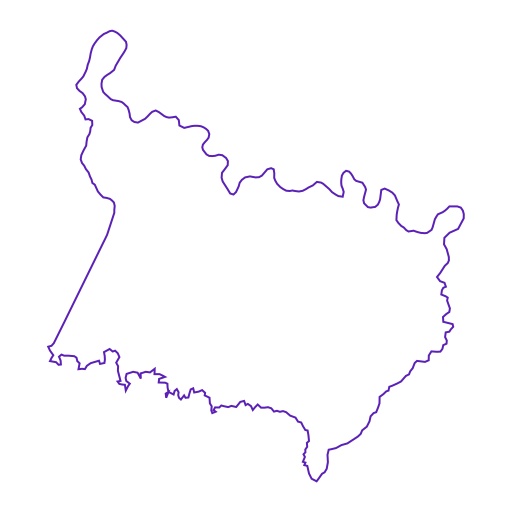 the district of Bituruna, Paraná, Brazil
{"feature_id": "56859067B61553011926600", "entity_name": "Bituruna", "entity_type": "district", "adm_level": 2, "iso_a3": "BRA", "parent_name": "Brazil", "parent_adm1": "Paraná", "projection": "natural_earth1", "projection_center": [-51.539, -26.148], "detail": "fine", "context": "isolated", "style": "outline", "palette": "violet", "viewbox_px": 512, "rotation_deg": 0, "n_neighbors": 0, "source": "geoboundaries", "source_scale": "gbopen_adm2", "svg_char_len": 5574}
<svg xmlns="http://www.w3.org/2000/svg" viewBox="0 0 512 512"><path d="M168.5,391.9L173.6,394.5L174.6,391.0L176.8,389.1L178.6,392.3L178.2,395.1L179.0,397.8L180.9,399.5L184.1,395.4L185.5,397.8L188.4,397.5L189.4,393.6L190.7,389.4L193.2,388.3L194.2,392.5L198.8,391.6L202.1,390.1L205.1,392.8L204.7,395.4L209.5,397.7L209.9,403.4L211.7,406.3L211.3,410.4L212.3,413.1L215.7,411.7L213.6,410.1L215.1,407.4L219.2,407.5L221.3,405.5L223.9,406.2L228.2,407.1L231.4,405.9L236.2,407.0L240.3,401.9L244.1,400.9L245.6,405.1L247.8,403.9L251.0,406.1L252.8,410.0L255.1,407.2L257.7,404.5L261.1,407.7L264.3,407.7L268.0,407.2L271.3,408.3L274.0,411.6L276.9,410.8L279.9,411.8L283.0,411.1L286.2,412.2L290.1,415.6L295.5,417.6L298.0,421.6L301.2,422.5L303.0,426.2L305.3,430.0L307.6,430.5L308.4,435.0L309.0,441.0L306.9,442.9L307.2,446.8L305.3,449.5L305.4,452.3L303.5,454.3L304.9,456.9L302.9,461.8L305.4,462.6L304.3,465.1L307.3,465.9L309.0,473.5L311.6,478.7L316.6,481.3L318.5,478.8L322.0,473.8L324.6,472.3L326.7,468.8L327.9,462.2L327.5,454.8L328.7,449.7L331.3,449.2L335.9,448.1L338.2,446.9L341.4,445.1L347.4,443.4L357.8,436.6L360.7,433.9L362.2,430.3L366.8,426.7L369.5,421.3L370.6,416.3L373.6,413.1L376.2,412.2L378.2,407.2L379.5,403.3L379.6,396.9L383.3,394.2L386.2,391.4L388.5,390.6L389.3,386.8L392.3,385.7L397.2,383.5L401.0,381.5L405.9,375.9L409.0,374.4L410.2,371.3L412.7,368.2L414.7,363.0L417.0,360.9L421.8,361.5L425.0,361.9L428.7,360.3L428.8,355.5L431.4,351.4L437.1,351.8L440.4,351.6L442.4,348.9L443.3,345.1L446.5,343.7L446.8,340.5L445.1,337.1L445.7,332.4L449.3,331.7L450.9,329.3L453.2,326.8L452.6,324.1L443.3,321.8L443.0,317.0L446.2,314.1L449.3,312.0L449.9,308.4L447.1,300.6L447.7,297.6L445.7,296.3L441.3,294.5L441.9,290.3L443.3,287.8L445.9,286.7L444.5,282.8L440.1,281.2L437.0,277.0L440.2,273.0L444.8,265.8L447.8,263.0L448.9,260.4L448.8,256.9L446.7,249.2L444.0,244.3L444.4,237.8L449.6,232.7L453.9,230.8L458.1,228.9L463.7,218.4L463.8,214.2L462.9,210.7L460.8,207.6L457.3,206.4L449.4,206.4L447.0,208.9L444.9,210.7L442.7,212.2L437.9,214.3L436.4,216.6L434.9,219.2L432.6,227.4L431.5,229.9L427.1,232.9L424.8,233.2L420.9,232.9L418.4,232.3L416.1,231.6L413.6,230.7L408.5,231.5L406.2,230.1L403.8,227.5L401.3,226.0L398.4,223.0L396.4,220.1L396.7,214.6L397.3,210.9L398.0,207.6L398.9,204.5L397.3,201.1L394.9,195.4L392.3,192.6L388.7,190.4L384.7,188.6L381.3,189.9L380.1,199.2L379.2,202.0L377.8,204.7L375.2,206.9L370.5,207.6L367.9,207.1L364.1,203.3L363.4,200.2L364.1,196.8L366.0,189.7L365.2,187.1L362.4,182.7L356.2,180.9L354.3,179.3L352.5,175.9L351.0,173.6L349.1,171.6L346.1,170.8L343.5,172.8L341.9,175.6L341.3,179.5L341.2,182.8L341.5,185.7L342.7,188.6L343.7,191.9L342.7,196.7L338.4,196.1L335.7,194.6L332.1,192.2L329.2,189.0L323.2,183.8L321.1,182.6L316.9,181.9L314.9,183.6L312.9,185.4L308.5,187.5L306.2,189.0L302.7,190.8L299.0,191.5L294.9,191.0L292.5,190.5L289.6,191.0L286.2,190.7L282.9,188.9L280.2,187.0L277.1,183.8L275.3,180.7L274.2,177.9L274.3,173.4L273.7,169.3L271.1,168.2L267.3,169.3L261.9,175.6L259.0,177.2L255.5,177.4L249.9,176.4L245.1,177.4L241.9,179.8L239.7,182.7L238.6,186.6L236.0,192.1L233.5,194.5L230.2,193.5L227.5,189.0L222.7,181.5L221.6,177.7L222.0,172.8L224.7,169.3L227.7,165.2L227.9,161.1L226.1,158.0L222.3,155.2L218.8,154.7L215.1,155.8L212.4,156.1L209.1,155.9L206.5,154.4L203.0,149.9L202.3,147.3L202.9,144.6L204.7,142.3L206.9,140.0L208.6,137.7L209.3,134.1L208.1,130.8L206.2,129.0L203.6,127.3L200.8,126.2L197.5,125.8L194.4,125.8L191.8,126.1L184.2,127.9L179.4,125.5L178.8,120.1L175.8,116.7L172.2,117.3L169.0,117.6L166.6,117.1L164.3,116.1L158.9,112.1L155.7,110.5L152.2,111.8L150.1,113.7L147.3,116.7L145.1,118.8L137.9,122.6L134.4,122.0L131.7,120.3L130.0,117.1L129.6,113.7L128.6,109.8L127.5,107.0L125.4,105.2L123.7,103.5L121.7,102.0L118.7,101.1L113.0,100.2L110.7,99.1L107.4,96.0L104.9,93.8L103.2,91.9L101.6,87.0L101.5,83.7L102.2,79.7L104.5,76.9L107.2,74.9L110.1,73.1L114.1,69.9L115.7,65.7L120.4,57.7L122.7,54.3L124.6,51.3L126.3,48.1L126.6,44.8L126.0,41.8L123.4,38.9L120.2,35.4L117.4,33.0L114.6,31.5L112.1,30.7L109.6,31.2L106.8,32.7L103.8,34.0L99.5,37.4L97.1,40.1L94.6,43.5L92.9,46.3L91.8,49.2L90.7,53.3L90.0,57.4L89.1,61.2L87.7,64.8L86.9,68.7L85.7,71.6L83.4,76.3L81.7,78.4L78.9,81.4L76.3,84.8L77.0,88.2L79.5,90.9L82.6,93.1L85.0,96.4L85.8,99.3L84.8,104.2L82.1,107.3L79.9,108.8L81.4,112.1L84.2,115.6L85.5,119.4L88.6,119.1L92.1,120.8L92.3,125.0L90.6,127.8L90.2,131.4L89.4,134.1L87.4,137.3L86.6,141.5L86.2,145.6L83.6,150.3L81.3,155.2L80.7,159.4L82.0,163.0L84.2,165.7L85.9,169.1L88.6,172.5L90.0,176.5L91.5,179.5L92.4,183.0L94.8,184.7L97.9,191.5L100.5,194.6L103.3,197.4L106.6,197.9L110.0,198.9L112.1,200.6L113.9,202.5L114.7,205.9L114.3,209.9L114.3,212.8L107.1,234.8L104.1,241.0L102.9,243.4L66.5,317.6L64.9,320.9L55.7,339.4L53.8,343.2L51.5,345.8L48.2,346.7L50.0,350.6L53.3,355.2L51.5,358.0L50.0,361.1L56.1,362.2L58.6,364.8L60.9,364.5L60.6,360.5L59.0,356.7L61.5,354.6L64.2,355.7L68.7,355.7L74.3,356.2L76.5,357.7L77.3,361.1L79.6,363.3L78.5,369.2L82.0,368.8L84.9,369.1L86.9,365.8L90.6,363.2L94.2,362.1L99.0,360.7L100.0,363.9L104.4,363.0L104.9,359.8L104.7,355.9L104.0,352.1L109.6,349.0L112.7,351.5L115.1,350.7L117.8,353.3L119.4,357.1L116.2,362.7L118.1,366.2L117.9,370.8L120.5,380.9L117.6,381.5L119.3,383.9L122.0,384.5L124.9,384.8L125.8,390.6L128.2,385.9L129.8,383.7L126.3,381.0L125.6,377.9L126.6,373.9L133.2,371.8L137.6,372.7L140.8,378.6L140.6,373.4L143.3,372.6L145.6,371.8L150.0,372.4L154.7,368.8L154.5,374.1L159.5,374.1L162.6,375.6L165.0,376.9L159.1,378.9L158.7,382.5L165.2,382.7L167.4,383.7L167.6,387.7L168.5,391.9ZM168.5,391.9L165.7,393.6L166.2,397.8L168.5,391.9Z" fill="none" stroke="#5b21b6" stroke-width="2"/></svg>